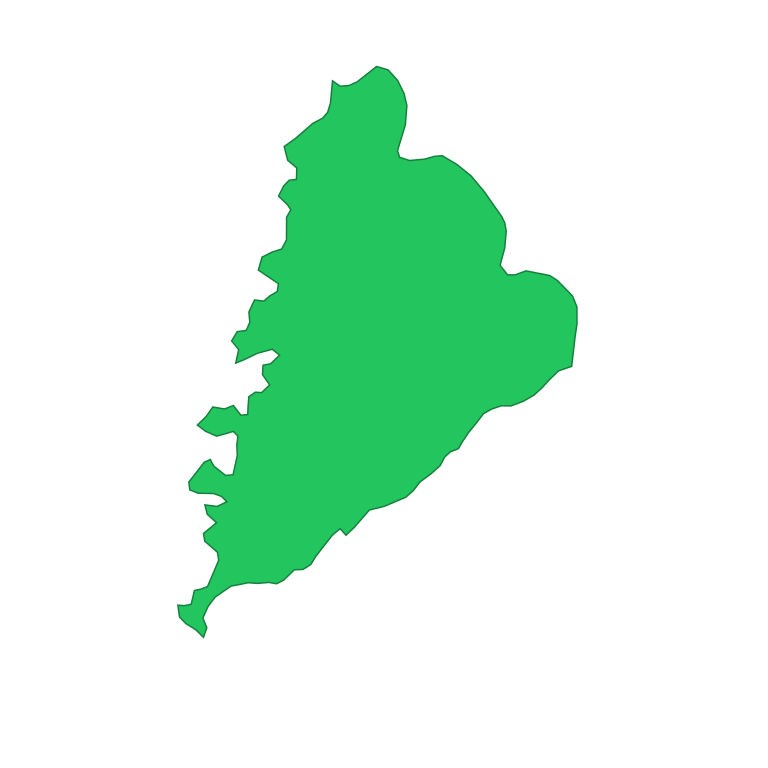 Porto Vitória, Paraná, Brazil (Equal Earth projection), rotated 19°
{"feature_id": "56859067B38089005339285", "entity_name": "Porto Vitória", "entity_type": "district", "adm_level": 2, "iso_a3": "BRA", "parent_name": "Brazil", "parent_adm1": "Paraná", "projection": "equal_earth", "projection_center": [-51.239, -26.241], "detail": "fine", "context": "isolated", "style": "filled", "palette": "green", "viewbox_px": 768, "rotation_deg": 19, "n_neighbors": 0, "source": "geoboundaries", "source_scale": "gbopen_adm2", "svg_char_len": 2135}
<svg xmlns="http://www.w3.org/2000/svg" viewBox="0 0 768 768"><g transform="rotate(19 384 384)"><path d="M225.9,392.9L235.4,398.8L237.0,412.5L242.9,407.4L254.6,395.9L267.1,387.5L275.9,390.8L270.2,401.8L263.5,405.6L266.1,414.7L276.2,422.1L271.1,432.0L265.1,433.6L260.3,440.0L262.6,448.8L265.1,457.3L258.8,460.1L248.6,453.4L241.4,459.5L229.6,461.5L226.5,472.5L220.9,483.6L230.7,486.8L242.7,487.8L257.0,477.9L262.9,480.9L264.5,489.0L268.6,499.5L270.8,519.0L263.9,522.0L249.7,517.0L244.3,511.9L239.5,516.5L231.4,540.2L234.8,547.3L243.6,547.8L258.8,543.0L267.0,543.2L273.7,546.5L266.1,554.1L254.0,556.6L259.4,564.8L270.8,569.7L262.0,584.1L265.7,591.0L281.3,597.3L285.1,604.5L283.1,632.9L277.8,637.5L272.0,640.9L273.4,655.1L267.3,658.6L261.1,660.2L266.5,670.9L274.6,675.0L286.1,677.7L295.8,682.3L295.8,672.1L288.9,664.2L290.1,651.5L293.8,640.4L299.6,632.4L305.3,624.8L312.9,620.5L320.1,616.2L329.3,613.7L339.8,609.1L347.6,607.8L353.1,601.9L359.7,588.9L367.8,585.7L373.5,578.6L375.5,569.7L378.9,559.5L384.6,543.2L389.7,535.1L397.3,539.4L402.6,529.2L411.2,507.9L424.2,499.5L441.5,483.9L446.3,475.5L450.0,464.8L457.7,453.6L463.7,442.8L465.2,433.1L469.0,426.4L475.4,420.9L476.9,413.2L479.9,402.0L483.9,391.2L487.8,379.5L494.0,372.6L502.0,366.4L511.2,363.4L521.3,355.0L529.5,345.6L534.6,336.2L539.0,326.1L544.9,314.6L555.7,306.2L549.4,277.5L546.9,264.3L541.3,248.3L533.6,239.4L514.3,229.7L505.4,227.5L481.4,230.8L472.5,238.1L465.4,240.6L455.1,234.0L453.9,216.2L449.8,199.7L445.8,192.4L440.7,187.3L415.7,169.2L398.6,158.9L381.6,152.7L364.7,149.2L357.8,152.2L349.3,158.1L335.3,164.4L324.9,164.5L320.8,158.9L319.8,131.9L315.0,113.3L308.3,102.7L298.0,92.5L285.7,85.7L273.6,86.2L260.3,107.0L253.6,113.3L245.5,116.7L236.6,114.1L241.9,135.7L242.3,145.4L239.4,152.7L231.8,160.8L220.2,180.9L212.3,191.9L220.1,203.8L231.2,208.1L234.6,219.1L228.1,222.1L224.7,229.2L223.1,240.7L234.2,245.8L239.2,249.6L237.6,258.0L244.9,279.6L243.3,289.7L235.4,295.6L227.4,303.7L228.1,317.2L251.5,323.5L253.0,331.2L247.3,338.0L243.3,344.8L234.2,346.7L232.8,359.9L237.0,369.3L236.3,378.2L228.1,382.3L225.9,392.9Z" fill="#22c55e" stroke="#15803d" stroke-width="1.5"/></g></svg>